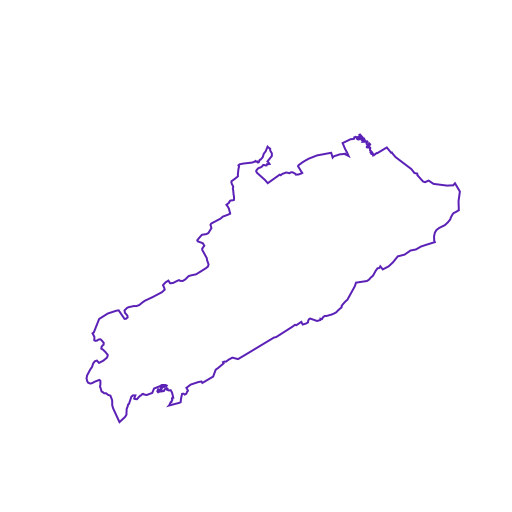 the district of As-Suqaylabiyah, Hamah, Syria, rotated 240°
{"feature_id": "27442178B45767266881892", "entity_name": "As-Suqaylabiyah", "entity_type": "district", "adm_level": 2, "iso_a3": "SYR", "parent_name": "Syria", "parent_adm1": "Hamah", "projection": "equal_earth", "projection_center": [36.361, 35.476], "detail": "fine", "context": "isolated", "style": "outline", "palette": "violet", "viewbox_px": 512, "rotation_deg": 240, "n_neighbors": 0, "source": "geoboundaries", "source_scale": "gbopen_adm2", "svg_char_len": 6031}
<svg xmlns="http://www.w3.org/2000/svg" viewBox="0 0 512 512"><g transform="rotate(240 256 256)"><path d="M270.8,75.8L266.8,75.6L263.8,73.8L262.8,74.6L262.2,76.0L262.4,77.6L261.8,79.5L260.5,80.1L256.9,80.7L255.4,79.6L255.2,78.4L254.6,76.9L253.1,75.7L251.8,76.5L248.5,77.5L244.5,78.2L243.2,77.1L242.4,75.7L241.7,71.5L241.9,66.6L245.0,65.9L245.4,63.8L244.4,61.3L241.8,58.4L240.8,56.1L237.1,50.1L234.7,48.0L231.8,47.2L230.1,47.3L228.4,48.7L227.8,50.6L227.8,53.3L227.0,58.4L225.7,58.8L222.8,57.2L220.7,55.5L219.4,55.4L215.8,54.5L214.7,55.3L213.9,55.5L213.0,55.9L212.1,57.5L209.8,58.4L207.8,60.1L203.0,59.3L198.5,56.8L195.5,56.1L180.4,54.7L182.1,62.2L183.3,64.4L188.2,67.5L189.6,69.3L191.4,71.1L191.4,72.0L196.5,77.8L196.8,79.7L195.6,81.8L193.4,79.2L192.7,79.6L191.5,81.3L192.6,84.5L192.6,85.1L192.9,85.7L192.8,86.9L193.3,88.5L193.0,89.4L192.2,89.8L191.9,89.8L191.5,90.5L190.3,91.7L189.3,97.7L192.2,101.4L191.3,107.7L191.4,109.9L189.7,112.9L188.4,113.9L187.9,112.9L188.3,112.2L188.5,110.8L189.2,110.3L189.3,109.6L189.6,109.5L190.0,110.0L190.3,109.9L190.1,108.9L190.5,108.8L190.3,107.9L190.0,107.8L189.4,108.4L188.5,108.2L188.6,107.9L188.4,107.2L188.1,106.2L187.6,105.3L187.7,104.9L188.5,104.8L188.9,105.2L189.5,104.7L188.2,102.9L186.9,103.1L186.8,104.1L187.8,107.1L186.8,107.1L186.6,105.7L186.2,105.8L185.9,106.8L185.6,107.3L185.2,108.6L185.2,109.1L186.1,110.0L186.2,111.0L185.8,112.9L185.4,113.1L185.1,113.0L185.0,112.6L184.7,112.5L184.5,112.2L183.1,113.3L182.5,115.0L179.7,115.0L174.7,113.5L174.8,113.3L174.7,113.0L174.9,112.3L174.7,112.0L174.1,111.9L174.0,111.7L173.8,111.7L173.7,111.8L173.3,111.7L172.6,110.5L171.8,109.7L172.1,109.1L170.1,106.2L170.0,105.9L167.1,116.5L167.1,117.7L169.8,119.6L173.5,123.0L173.2,124.1L172.5,124.7L171.6,125.0L171.6,126.9L172.7,128.2L173.2,129.2L173.2,129.4L173.4,129.5L173.6,129.8L176.6,129.8L177.3,135.1L175.7,142.9L174.6,146.0L172.9,146.1L173.0,158.6L177.7,164.3L177.9,166.9L179.2,174.3L180.6,174.4L180.3,176.0L179.5,177.3L179.9,180.4L179.8,184.7L175.7,188.9L175.8,198.7L176.4,230.8L175.7,232.9L176.6,252.7L176.9,255.4L175.9,256.3L176.3,262.3L173.3,262.2L172.5,265.6L172.5,267.8L173.8,268.8L174.7,270.1L174.8,271.6L169.2,276.4L168.4,279.7L169.5,280.4L168.4,281.6L169.5,283.5L169.7,285.6L168.9,286.8L167.6,291.7L167.2,294.4L167.1,297.3L167.8,299.6L168.4,302.3L168.6,303.8L169.0,304.8L170.0,305.2L171.0,307.7L172.1,311.4L172.4,313.2L180.3,326.3L182.9,329.3L178.9,339.5L179.0,341.9L180.0,344.9L180.4,347.4L183.6,352.7L184.1,354.1L184.6,355.1L184.0,356.4L184.1,357.2L184.9,358.5L181.0,359.1L180.7,365.7L182.0,371.3L184.8,378.6L182.9,385.4L183.5,392.5L181.7,397.8L181.7,403.7L180.6,409.0L178.6,417.8L180.4,418.1L184.1,420.1L186.8,422.6L188.3,425.3L188.7,428.7L188.3,435.0L189.1,438.6L190.6,442.6L191.8,443.8L193.7,446.9L194.4,448.6L194.2,450.3L194.2,454.5L202.2,458.8L209.9,464.8L219.5,464.7L218.6,462.2L221.4,456.7L229.7,445.8L235.0,443.2L235.4,439.3L237.0,437.9L245.1,436.2L245.2,436.4L246.8,436.8L248.6,434.7L253.6,434.0L271.9,426.3L275.6,425.6L277.7,425.4L277.8,424.7L284.6,423.5L284.4,412.4L284.8,412.1L284.7,411.7L284.8,411.1L284.5,410.2L284.6,409.9L284.5,409.5L284.3,408.3L284.5,407.8L285.2,408.5L285.6,408.5L286.5,407.1L286.8,407.0L287.3,408.4L287.5,408.4L288.0,407.2L288.3,407.0L288.9,408.1L289.2,408.1L290.3,407.5L291.7,408.3L292.3,409.0L293.0,409.0L293.6,407.7L294.7,406.3L294.9,406.3L295.1,406.5L295.0,409.0L295.1,409.5L295.4,410.3L295.6,410.7L297.1,410.3L296.4,409.2L296.4,407.9L298.1,407.9L299.4,409.6L299.9,409.5L300.3,407.8L301.5,405.6L301.9,406.7L301.5,407.6L301.5,408.1L303.7,408.3L303.9,407.8L303.0,406.6L303.2,405.6L303.9,405.5L304.5,406.0L304.1,407.7L304.3,407.8L306.8,407.3L306.4,407.0L305.4,404.8L305.5,403.2L306.1,402.5L306.9,402.1L307.3,402.2L306.6,404.7L306.6,405.2L307.6,406.5L308.3,406.7L309.2,406.7L309.2,406.0L307.6,405.7L307.3,405.4L308.7,402.2L309.4,401.9L309.6,400.4L308.5,399.8L308.9,398.2L309.8,396.5L310.5,387.5L304.4,386.7L300.1,386.6L296.3,386.2L298.4,384.9L299.4,384.1L300.0,384.3L300.3,383.6L300.9,382.0L302.1,379.5L303.3,373.8L303.4,373.0L302.9,371.6L307.8,372.7L312.6,359.1L314.0,349.8L313.9,348.9L314.0,347.4L313.9,343.2L313.8,342.1L313.7,341.8L313.4,338.5L312.8,337.3L307.0,337.4L304.8,337.6L304.8,336.4L305.1,335.1L305.3,333.8L305.9,332.3L306.6,331.2L307.1,331.3L308.0,330.9L310.2,329.5L310.8,328.6L311.0,327.8L311.0,326.2L312.2,325.1L313.3,323.7L313.5,322.1L313.8,320.8L313.9,319.4L313.6,317.8L314.6,317.2L313.2,302.6L317.3,301.8L327.7,298.4L329.5,298.6L330.3,299.9L330.9,302.1L330.4,304.4L330.5,305.9L331.2,307.8L330.6,308.7L329.6,309.6L329.2,310.5L330.0,311.3L328.9,313.7L329.8,313.7L332.2,313.2L333.5,316.7L334.1,318.1L334.6,319.6L335.8,320.4L337.1,321.1L339.8,321.0L341.1,321.4L341.8,321.9L342.6,321.6L343.4,321.1L344.9,320.7L341.8,316.7L341.3,315.3L340.6,313.8L338.2,311.2L337.2,308.4L337.4,307.4L336.9,306.6L336.2,305.9L335.8,305.1L336.1,304.3L337.0,304.0L337.3,304.2L337.9,302.9L338.5,303.0L338.5,301.2L338.8,299.5L342.5,291.0L343.6,287.6L343.3,286.1L342.0,286.1L340.0,284.2L336.2,281.4L334.0,280.1L333.4,276.1L333.0,272.1L332.1,271.5L330.6,271.1L329.2,271.1L327.4,270.9L326.6,270.3L326.3,269.8L323.8,268.9L320.4,267.3L319.1,266.9L318.4,266.6L315.6,265.0L315.8,263.8L316.8,261.7L316.7,260.8L316.2,260.3L316.2,259.9L315.6,259.1L315.1,256.0L312.6,256.3L310.3,256.2L307.8,255.4L306.6,255.2L305.6,254.8L305.7,253.1L306.7,246.7L306.1,244.3L306.5,233.5L305.8,232.2L302.4,231.3L299.7,226.2L299.8,223.9L301.4,219.8L300.3,216.4L299.0,213.0L297.8,212.9L293.7,216.3L290.8,216.4L289.3,213.1L288.1,212.5L278.8,212.3L276.7,211.5L272.4,210.7L270.9,209.1L270.5,206.8L270.3,201.8L270.1,194.9L271.6,190.4L272.3,187.6L271.1,183.2L271.0,180.1L272.3,178.0L273.6,177.3L273.9,174.9L274.1,170.7L275.3,168.0L278.5,167.8L278.4,164.5L277.3,160.9L274.3,160.6L272.5,160.1L271.7,156.5L272.1,146.0L272.8,137.8L272.6,134.7L271.9,130.4L272.4,127.4L273.8,125.0L275.4,120.0L275.5,118.2L274.6,114.9L272.4,114.1L268.7,114.8L267.0,114.1L266.6,112.1L267.3,110.7L277.6,109.9L278.4,107.9L280.3,98.9L279.9,88.7L270.9,77.3L270.8,75.8Z" fill="none" stroke="#5b21b6" stroke-width="2"/></g></svg>